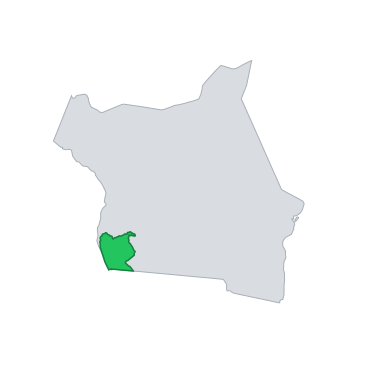 Nyanza highlighted on a map of Kenya, rotated 336°
{"feature_id": "KEN-1197", "entity_name": "Nyanza", "entity_type": "Province", "adm_level": 1, "iso_a3": "KEN", "parent_name": "Kenya", "parent_adm1": "", "projection": "albers", "projection_center": [34.762, -0.553], "detail": "fine", "context": "in_parent", "style": "filled", "palette": "green", "viewbox_px": 384, "rotation_deg": 336, "n_neighbors": 0, "source": "natural_earth", "source_scale": "10m", "svg_char_len": 5808}
<svg xmlns="http://www.w3.org/2000/svg" viewBox="0 0 384 384"><g transform="rotate(336 192 192)"><path d="M84.3,229.3L84.2,224.7L84.8,213.0L84.7,202.8L85.3,197.6L87.9,194.4L89.0,192.0L89.9,188.7L91.2,186.0L94.2,183.8L94.7,182.6L97.9,179.0L99.8,174.3L101.3,172.7L103.1,171.2L104.3,170.4L106.4,169.6L108.1,169.2L108.4,168.8L108.5,168.1L108.0,165.2L108.7,164.2L109.8,162.3L111.1,160.5L112.2,159.3L112.9,158.1L113.2,156.1L113.2,154.6L113.2,152.3L112.8,146.9L111.5,142.4L110.7,137.3L111.3,135.7L110.2,132.7L109.7,132.6L108.8,131.9L107.7,129.1L106.9,126.6L106.3,126.0L102.7,123.7L100.9,118.5L98.9,117.3L97.8,112.2L97.6,110.7L98.7,105.5L98.6,104.3L97.4,103.2L94.0,102.1L91.3,100.0L91.6,99.2L91.8,98.4L90.4,97.9L86.1,89.1L91.6,83.8L97.1,78.4L104.1,71.6L110.5,65.3L116.1,59.9L121.1,55.1L121.0,56.0L121.0,57.3L121.6,58.0L122.6,58.5L124.1,58.0L125.3,57.2L126.5,57.1L134.0,59.1L135.3,60.8L135.2,62.7L135.5,64.1L134.9,65.4L134.3,69.6L134.5,73.4L136.7,76.2L138.7,78.4L140.3,81.5L141.5,82.5L143.1,83.0L148.2,83.1L155.8,83.3L163.2,83.5L163.8,83.6L165.4,84.0L172.1,88.2L178.3,92.1L183.5,95.4L188.5,98.7L193.4,101.9L197.2,104.5L201.0,105.3L207.1,105.7L211.3,105.8L215.3,106.9L221.1,108.0L225.4,108.5L228.0,109.1L235.3,109.8L236.5,109.4L239.7,106.5L243.3,101.8L244.7,99.2L249.4,96.7L257.6,93.1L263.3,90.6L269.8,88.1L272.6,90.3L276.6,93.9L278.4,95.6L279.9,96.4L282.0,97.0L284.7,97.0L286.1,96.9L289.1,96.5L296.0,96.1L300.0,96.2L296.6,100.8L292.6,106.5L285.2,116.8L279.6,122.3L275.3,126.4L274.9,127.1L274.9,131.8L274.9,143.1L274.9,165.7L274.8,188.3L274.8,211.0L274.8,222.4L274.8,226.2L278.4,231.0L282.0,235.6L286.8,241.8L289.3,245.2L289.7,246.3L289.6,248.5L285.6,253.1L282.4,255.2L278.1,256.1L276.8,255.9L275.1,255.3L274.4,256.4L273.9,258.1L272.9,257.7L272.2,257.2L272.6,260.3L273.1,261.8L272.4,263.8L270.3,265.6L270.1,267.1L265.5,271.1L259.1,271.5L255.7,273.4L254.2,275.0L253.0,278.5L253.4,283.9L251.6,288.1L251.2,290.2L247.9,292.8L246.4,295.3L245.3,297.8L244.4,298.9L243.2,304.5L241.6,308.0L241.2,309.1L240.8,310.1L239.6,312.1L238.8,313.5L238.3,314.4L234.3,323.2L231.2,327.1L228.8,326.6L227.2,328.2L227.1,328.9L226.2,328.5L224.2,327.0L220.1,324.0L216.0,321.0L211.9,318.0L207.8,315.1L203.7,312.1L199.6,309.1L195.4,306.1L191.3,303.1L188.9,301.3L187.9,300.3L187.0,298.3L186.6,297.7L185.5,297.1L184.2,296.9L183.9,296.6L183.9,295.6L184.3,294.1L185.8,291.4L186.0,289.8L185.7,288.0L185.2,285.1L184.8,284.4L182.1,282.9L176.4,279.6L170.7,276.4L164.9,273.2L159.2,270.0L153.5,266.8L147.8,263.6L142.0,260.3L136.3,257.1L130.6,253.9L124.8,250.7L119.1,247.5L113.4,244.3L107.6,241.1L101.9,237.9L96.2,234.7L90.4,231.5L88.3,230.3L86.3,229.3L84.3,229.3ZM275.0,260.9L274.0,261.1L274.5,259.5L277.5,257.6L278.7,258.0L278.9,258.5L278.9,258.9L278.3,259.3L275.0,260.9Z" fill="#d9dde1" stroke="#a8b0b8" stroke-width="1"/><path d="M106.2,240.3L101.9,237.9L96.1,234.7L90.3,231.4L88.3,230.3L87.3,230.2L86.9,230.0L86.9,229.3L86.5,229.3L86.4,229.3L84.3,229.3L84.1,223.8L84.0,220.1L84.5,216.3L85.1,210.7L85.6,206.5L85.6,205.4L86.9,202.2L87.3,201.4L87.4,201.1L87.4,200.5L87.4,200.3L87.4,200.2L87.5,199.9L87.8,199.6L88.1,199.4L88.4,199.3L88.9,199.1L89.0,199.1L89.1,198.7L89.1,197.8L89.2,197.2L89.3,196.7L89.9,196.0L90.7,195.5L90.9,195.5L91.1,195.5L91.6,195.5L91.9,195.5L92.0,195.4L92.2,195.2L92.3,195.1L92.5,194.6L92.6,194.4L92.9,194.2L93.0,194.2L93.3,194.1L93.5,194.1L95.2,194.4L95.5,194.4L95.8,194.3L96.0,194.2L96.3,194.1L96.6,194.1L96.8,194.2L97.3,194.7L97.4,194.8L97.5,195.1L97.6,195.6L97.6,196.1L97.6,196.3L97.7,196.5L99.2,198.0L99.3,198.1L99.2,198.7L99.3,198.8L99.5,199.0L100.0,199.2L100.7,199.7L100.8,199.8L100.9,200.0L100.8,200.5L100.8,201.3L100.7,201.6L100.6,201.8L100.5,202.2L100.5,202.3L100.6,202.5L100.9,202.8L101.1,202.9L101.3,202.8L101.7,202.7L102.4,202.4L102.8,202.3L103.0,202.3L103.6,202.5L104.3,202.8L104.7,202.8L105.3,202.6L105.5,202.5L106.3,202.6L106.7,202.7L107.3,202.5L107.5,202.5L107.8,202.5L108.0,202.6L108.4,203.0L108.6,203.2L108.9,203.3L109.2,203.3L109.5,203.3L110.0,203.3L110.7,203.3L112.0,203.4L112.5,203.3L113.0,203.1L113.4,203.0L113.6,203.0L113.8,203.1L114.1,203.4L114.2,203.5L114.3,203.5L114.5,203.5L114.8,203.8L115.1,203.9L115.4,203.9L115.6,203.8L115.8,203.7L116.0,203.6L116.1,203.2L116.3,203.0L116.4,202.9L116.5,202.8L116.9,202.8L117.2,202.9L117.5,203.0L118.0,203.3L118.3,203.4L118.5,203.4L118.9,203.2L119.0,203.1L119.3,203.2L119.6,203.3L119.7,203.5L119.8,203.6L119.9,203.9L120.0,204.7L120.1,204.8L120.3,205.0L120.8,205.2L121.0,205.3L121.0,205.8L121.1,206.1L122.4,207.0L122.5,207.2L122.6,207.4L122.6,207.6L122.6,207.8L122.5,208.7L122.4,208.8L122.1,209.0L121.9,209.0L121.7,209.0L121.4,208.9L121.2,208.8L121.0,208.6L120.9,208.5L120.9,208.4L120.8,208.1L120.7,208.0L120.6,207.9L120.2,207.8L119.9,207.7L119.7,207.5L119.6,207.1L119.4,206.9L119.1,206.9L118.8,207.0L118.6,207.0L118.4,207.0L118.2,206.9L117.9,206.7L117.6,206.4L117.4,206.2L117.2,205.9L117.1,205.7L116.9,205.8L116.7,206.1L116.1,207.3L115.8,207.6L115.7,207.6L115.4,207.7L115.3,207.8L115.2,207.9L115.1,208.0L115.0,208.4L115.0,209.6L114.9,210.0L114.9,210.3L114.8,210.5L114.6,210.9L114.5,211.0L114.2,211.2L114.1,211.3L113.8,211.7L113.8,212.0L113.8,212.3L113.8,212.5L114.0,212.9L114.1,213.2L114.2,213.3L114.6,214.0L114.7,214.3L114.6,215.2L114.6,215.3L114.6,215.7L114.6,215.8L114.9,216.2L114.9,216.3L115.3,219.3L115.2,220.1L115.0,220.5L115.1,220.8L115.1,221.1L115.7,222.6L115.7,223.0L115.8,223.3L115.5,223.6L115.2,223.8L114.9,224.0L114.5,224.3L114.2,224.6L113.9,225.4L113.8,225.9L113.6,226.1L113.5,226.3L113.1,226.4L105.9,228.4L105.7,228.5L104.7,228.4L104.4,228.2L104.2,228.2L103.9,228.3L103.4,228.7L102.9,228.9L102.5,229.3L102.4,229.4L102.3,229.5L102.4,230.0L102.8,230.8L102.9,231.0L102.9,231.3L103.0,231.5L103.1,231.8L103.5,232.4L103.8,233.7L104.0,233.8L104.6,234.3L105.0,235.0L105.2,235.5L106.2,239.9L106.2,240.3Z" fill="#22c55e" stroke="#15803d" stroke-width="1.5"/></g></svg>